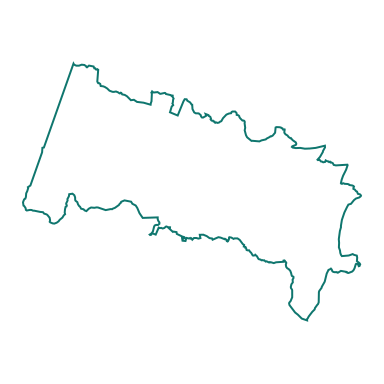 Apozol, Zacatecas, Mexico
{"feature_id": "50627088B1865759391292", "entity_name": "Apozol", "entity_type": "district", "adm_level": 2, "iso_a3": "MEX", "parent_name": "Mexico", "parent_adm1": "Zacatecas", "projection": "orthographic", "projection_center": [-103.054, 21.462], "detail": "fine", "context": "isolated", "style": "outline", "palette": "teal", "viewbox_px": 384, "rotation_deg": 0, "n_neighbors": 0, "source": "geoboundaries", "source_scale": "gbopen_adm2", "svg_char_len": 5978}
<svg xmlns="http://www.w3.org/2000/svg" viewBox="0 0 384 384"><path d="M23.0,202.3L23.5,205.6L24.2,206.0L25.6,208.1L25.9,209.9L26.8,210.5L30.0,209.9L31.6,210.0L33.1,210.7L34.3,210.7L40.1,211.9L43.0,212.2L44.1,213.6L46.6,214.4L47.4,215.0L49.6,217.7L50.1,220.2L49.7,221.8L50.3,222.4L52.7,223.4L54.3,223.6L56.7,222.7L58.6,221.3L59.7,219.8L62.4,217.6L63.8,215.3L65.1,214.2L64.7,212.7L65.0,209.3L65.6,206.8L66.5,206.4L66.8,205.3L66.3,204.4L66.2,203.4L67.6,200.5L67.4,199.1L68.9,196.3L69.2,194.2L72.5,193.7L74.3,195.2L75.1,197.3L75.2,200.0L75.6,200.8L77.3,202.1L78.0,204.3L79.1,206.0L80.0,206.7L81.1,208.7L83.6,209.3L84.6,210.4L86.4,211.1L88.8,208.7L91.1,207.5L94.3,207.8L96.6,207.4L98.0,207.5L105.7,210.1L110.6,209.1L112.1,209.2L112.5,208.8L115.0,207.8L118.9,205.0L119.8,203.6L120.6,203.1L121.2,201.8L124.5,200.4L131.1,201.7L132.4,203.8L135.7,205.5L137.3,208.0L139.5,213.2L142.7,217.9L157.7,217.4L157.7,219.1L158.2,220.7L159.4,222.4L159.4,223.8L157.9,225.0L156.1,224.9L154.7,225.5L154.1,226.6L152.9,231.5L151.4,233.5L149.7,234.6L150.1,235.0L151.1,234.8L152.3,233.3L155.7,234.6L158.7,227.6L159.8,228.1L161.2,227.9L162.7,228.5L164.3,228.0L165.9,226.6L166.6,226.5L167.9,227.2L170.0,227.3L169.9,228.3L169.2,228.5L172.9,231.9L173.4,231.6L176.5,232.1L176.8,233.9L182.2,236.5L184.2,237.1L184.6,238.0L183.0,238.8L182.1,238.2L182.5,240.7L185.5,241.0L186.4,237.9L189.1,238.5L190.1,238.0L190.6,238.6L191.4,238.3L192.3,239.7L194.0,238.0L196.4,238.0L198.4,238.6L200.4,238.1L199.8,234.8L203.3,234.7L206.7,236.1L209.5,238.1L212.1,238.5L212.6,239.7L218.4,237.2L220.6,237.6L224.9,239.3L225.1,238.9L226.7,239.9L226.8,241.1L227.6,241.5L228.0,241.2L228.9,239.3L229.1,237.4L229.4,237.2L231.4,237.6L233.6,238.9L234.5,238.4L237.5,238.4L239.7,239.9L242.9,244.2L244.1,244.9L243.8,246.5L245.3,246.9L245.3,247.6L245.8,247.6L246.1,248.2L246.6,250.0L247.4,250.3L249.1,250.3L250.0,251.7L251.1,252.7L252.7,255.4L253.3,255.6L255.0,255.3L255.3,254.8L257.0,256.3L258.3,258.7L258.9,259.2L260.6,259.6L261.5,260.3L262.4,260.1L263.2,260.4L264.2,260.3L265.7,261.6L266.6,261.3L269.1,262.5L269.7,262.1L270.3,262.4L270.7,262.2L273.8,263.1L276.0,262.3L283.5,261.8L283.5,260.6L284.3,260.4L284.8,260.7L285.3,261.8L286.0,262.2L286.3,262.9L285.8,264.7L286.2,266.9L287.3,268.3L288.6,269.0L290.2,270.7L291.0,272.7L291.7,275.5L292.0,276.0L293.4,276.7L293.5,277.5L293.4,278.3L292.6,279.6L292.8,282.4L291.4,284.3L290.8,287.0L291.0,288.1L292.0,289.6L292.2,290.4L292.2,297.3L290.6,301.1L289.3,302.6L289.1,303.4L289.5,305.1L295.1,312.5L297.9,314.7L301.8,318.6L307.1,320.4L307.0,319.2L307.7,318.4L308.7,316.5L312.3,311.8L314.6,309.5L315.0,308.0L317.3,304.8L318.0,304.1L318.7,302.3L318.9,292.1L319.3,290.9L321.6,287.8L321.8,286.8L324.7,281.7L326.7,273.6L328.5,269.9L329.8,269.4L330.9,268.6L331.7,269.5L332.4,271.3L333.3,271.9L334.7,272.2L336.8,272.1L337.4,272.7L337.9,272.7L340.9,270.9L346.5,271.9L346.4,272.3L348.1,273.0L348.7,272.9L352.1,271.6L353.4,270.4L354.5,268.4L355.8,264.2L356.2,263.8L357.8,263.9L358.8,266.2L359.5,266.0L360.2,264.3L359.5,263.2L356.9,261.1L357.2,257.6L356.8,255.6L354.1,254.9L352.7,254.1L348.8,255.5L341.9,256.1L341.0,254.9L340.3,253.0L340.0,250.5L338.9,247.4L339.1,242.8L338.8,239.2L339.9,231.0L341.0,227.1L340.9,226.0L341.9,219.9L344.4,212.5L347.0,207.1L348.4,204.6L351.0,203.8L354.0,200.1L356.0,198.5L359.2,197.5L360.7,196.3L361.0,195.7L360.5,194.8L359.9,194.3L357.9,193.8L357.0,191.6L356.1,191.2L354.7,189.5L353.4,188.9L353.4,187.9L354.0,186.7L353.5,186.0L352.4,185.5L349.3,185.0L348.9,184.4L347.7,184.0L344.5,183.8L343.6,183.3L342.6,183.4L342.1,183.8L341.3,183.7L340.9,183.2L341.7,179.6L343.1,175.7L346.1,169.7L347.6,165.2L347.4,164.7L335.9,165.4L333.7,164.9L332.8,163.2L331.1,162.3L330.6,162.5L330.0,161.7L329.1,162.1L328.1,161.3L327.3,161.3L325.7,160.4L325.1,161.9L323.2,162.3L322.0,161.6L321.0,161.5L319.6,159.9L317.9,160.1L317.5,159.7L320.0,156.9L322.9,151.9L322.9,151.2L325.0,147.4L324.9,145.7L315.7,147.9L309.8,148.5L304.9,148.7L300.2,147.9L295.8,148.1L292.8,147.6L291.9,146.9L292.3,146.3L295.8,144.9L296.1,144.5L296.3,143.8L295.8,142.4L292.6,140.1L291.0,138.2L290.7,138.4L288.6,137.0L287.5,135.5L285.5,134.3L284.4,132.8L284.3,132.1L284.7,129.7L284.6,129.4L283.1,129.6L282.4,128.3L281.6,128.2L280.9,127.5L279.3,127.2L276.4,127.1L275.6,127.5L275.1,132.7L272.7,135.6L271.2,136.4L270.5,136.3L269.7,137.0L266.6,138.6L265.8,139.4L261.5,140.4L259.4,141.4L252.5,140.8L251.5,140.9L247.1,137.3L246.0,135.2L244.7,130.3L245.2,127.8L244.6,123.2L244.8,122.0L244.3,120.9L243.6,120.5L242.4,120.5L240.4,118.5L239.5,117.3L239.2,116.1L238.4,115.3L236.7,114.9L236.7,113.9L236.4,112.8L235.1,111.5L232.5,111.5L231.6,112.0L231.1,113.2L229.0,113.5L226.4,114.6L223.0,118.2L221.3,121.2L220.2,121.6L219.1,122.5L217.6,122.9L216.1,122.4L215.3,122.8L214.9,122.6L214.4,121.5L213.5,121.5L213.0,120.7L211.9,120.7L211.4,120.4L210.6,119.3L211.0,118.7L210.3,116.8L208.9,116.0L208.5,115.1L205.6,114.0L206.3,115.7L203.2,117.5L202.0,117.5L201.1,116.5L200.7,115.1L198.7,113.4L195.7,113.3L194.2,112.4L192.5,109.1L192.2,104.8L191.8,104.8L190.1,102.4L187.3,100.7L186.6,99.3L184.7,99.2L183.4,101.5L177.7,115.5L170.0,112.3L171.7,106.5L173.2,105.1L172.4,103.4L172.8,102.8L173.1,99.7L173.6,98.6L172.7,97.0L172.7,95.6L172.0,95.5L171.5,95.9L170.7,95.1L165.9,94.0L165.4,93.1L164.8,92.9L160.6,93.8L160.1,93.8L157.6,92.1L153.8,92.5L153.3,92.4L152.1,91.4L151.4,92.7L151.9,93.1L151.5,101.4L150.9,102.9L150.6,104.7L143.6,102.7L137.0,101.9L133.9,99.8L130.9,100.2L126.9,96.2L124.7,94.9L122.2,94.4L121.3,92.9L120.8,92.7L120.2,93.3L119.6,93.4L118.0,92.3L116.0,91.5L113.8,91.9L112.4,91.8L109.5,90.7L107.1,88.4L104.7,86.9L103.1,86.3L100.7,86.0L100.2,83.9L98.8,83.0L98.3,83.2L97.9,82.8L97.3,81.5L98.2,69.8L97.3,69.2L96.8,69.6L95.8,69.4L95.3,68.3L94.3,68.3L93.6,66.5L89.0,65.6L87.0,67.3L86.6,67.2L86.2,66.3L84.4,65.0L81.7,64.7L78.9,65.7L76.4,65.7L74.1,64.7L73.5,63.6L43.9,147.5L42.4,147.8L42.1,152.3L30.4,185.5L27.9,187.2L28.2,188.0L27.3,191.0L26.2,193.3L25.9,197.0L25.3,198.7L24.6,198.9L24.0,199.7L23.0,202.3Z" fill="none" stroke="#0f766e" stroke-width="2"/></svg>